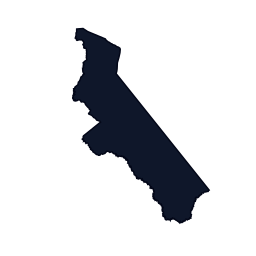 Malai, Bântéay Méanchey, Cambodia, rotated 232°
{"feature_id": "14789045B32583136425943", "entity_name": "Malai", "entity_type": "district", "adm_level": 2, "iso_a3": "KHM", "parent_name": "Cambodia", "parent_adm1": "Bântéay Méanchey", "projection": "natural_earth1", "projection_center": [102.55, 13.526], "detail": "fine", "context": "isolated", "style": "filled", "palette": "ink", "viewbox_px": 256, "rotation_deg": 232, "n_neighbors": 0, "source": "geoboundaries", "source_scale": "gbopen_adm2", "svg_char_len": 5860}
<svg xmlns="http://www.w3.org/2000/svg" viewBox="0 0 256 256"><g transform="rotate(232 128 128)"><path d="M234.1,153.8L237.6,148.5L235.2,146.6L234.9,145.6L233.0,144.2L231.3,141.8L229.9,142.5L229.4,141.7L228.6,141.7L228.2,142.2L227.6,144.0L226.9,144.5L226.2,145.9L224.7,145.9L224.2,146.3L222.3,145.7L221.6,145.1L221.7,144.0L220.0,143.6L219.6,143.7L218.7,142.8L218.4,143.2L218.0,142.7L217.5,143.0L216.9,143.8L216.5,143.9L215.5,143.6L215.0,143.1L213.7,142.5L212.4,141.2L211.8,141.2L210.6,139.7L210.0,139.4L209.3,138.6L207.1,137.6L207.1,135.5L207.3,134.8L207.1,134.4L207.1,133.0L206.6,132.9L206.0,132.2L205.3,132.5L205.0,132.3L204.7,131.2L204.3,130.7L203.3,130.3L203.0,130.0L203.1,129.1L202.7,129.1L202.2,128.7L201.8,128.1L200.7,127.6L200.3,127.2L198.6,126.7L197.9,127.1L197.4,126.7L197.7,125.3L197.2,124.5L196.9,123.5L196.9,123.0L197.2,122.8L196.7,121.7L195.6,120.2L195.0,118.8L194.6,118.4L194.7,117.2L192.9,115.1L192.9,111.5L192.7,111.1L192.0,110.6L192.0,110.0L192.3,109.5L191.6,109.4L191.6,108.7L191.0,108.2L190.3,108.5L190.0,107.6L189.6,107.8L189.7,108.1L189.5,108.7L189.1,108.9L188.8,108.7L189.1,107.8L188.9,106.6L188.4,106.4L188.0,105.9L187.7,106.7L187.1,106.8L187.0,106.5L187.2,105.3L187.5,105.2L187.6,104.8L187.1,104.3L186.6,104.3L186.0,103.2L185.4,102.8L185.0,103.3L184.0,102.4L183.1,102.3L183.0,103.2L182.6,103.6L182.0,102.9L181.6,103.3L181.0,104.6L180.8,105.4L181.0,105.7L180.3,107.0L179.2,107.4L177.3,107.2L176.4,108.7L174.5,109.7L173.9,109.7L173.6,109.2L172.0,109.0L168.8,109.2L168.3,109.4L167.0,109.4L166.5,109.1L165.7,109.6L165.2,109.6L164.1,107.8L163.9,107.2L163.8,106.0L163.2,105.7L160.2,107.3L157.3,107.5L155.8,108.3L153.5,108.2L150.8,110.0L149.5,110.0L149.2,88.1L149.0,87.9L148.8,87.4L148.0,86.8L147.4,86.9L147.4,85.3L146.6,85.7L146.5,85.3L146.1,85.5L145.4,85.3L145.0,85.8L144.6,85.8L144.5,85.3L144.3,85.7L143.5,86.0L142.4,85.4L141.7,85.4L141.7,86.3L140.6,87.1L139.4,86.9L139.0,86.2L138.7,86.1L137.7,86.4L136.5,85.9L136.3,86.2L135.0,86.3L134.8,85.6L134.3,85.4L132.5,85.9L131.9,86.4L130.9,85.7L128.9,86.4L127.0,86.7L126.3,87.0L125.8,87.7L124.8,87.9L124.3,88.4L123.9,89.2L124.2,90.3L124.1,91.3L123.0,91.8L122.2,94.3L122.7,95.4L122.5,95.6L122.7,97.1L121.6,98.1L120.7,98.5L120.6,98.8L120.0,98.7L119.4,100.3L119.4,100.6L119.0,100.9L118.0,100.6L117.6,100.9L116.6,101.0L115.7,101.6L115.6,102.3L115.2,102.7L114.8,102.6L114.4,102.0L114.1,102.2L114.1,101.8L113.5,101.5L112.3,102.9L112.1,102.5L111.5,102.5L111.6,103.2L111.1,104.0L109.4,105.5L109.8,105.8L109.6,106.0L108.7,106.2L108.3,106.8L107.6,106.5L107.2,107.1L106.8,106.7L106.6,107.1L106.3,107.0L106.0,107.4L105.8,107.2L105.5,107.6L105.2,107.6L105.0,107.2L104.7,107.4L104.4,107.2L104.2,106.7L103.9,106.8L103.8,107.1L104.1,107.4L103.6,108.1L103.3,108.1L103.1,107.4L102.4,107.9L101.1,106.8L100.1,106.8L100.2,106.3L99.2,106.6L97.6,105.8L97.4,106.0L96.5,105.7L96.6,106.2L96.1,106.6L96.0,106.3L95.2,105.9L94.9,105.9L95.0,106.2L94.6,106.2L93.8,105.5L92.0,104.8L91.5,104.8L91.1,105.4L90.3,105.6L89.4,105.3L89.1,105.0L88.3,104.9L88.1,104.5L87.4,104.2L86.5,104.7L86.0,104.5L84.6,105.0L84.3,104.9L84.1,104.4L83.6,104.2L83.4,104.4L83.0,104.0L82.6,105.0L82.1,104.6L81.6,104.6L81.7,105.2L81.0,106.5L80.7,106.6L80.6,106.3L79.9,107.0L79.6,107.0L79.3,108.0L78.4,107.6L78.5,107.2L78.4,106.8L77.0,107.7L76.6,107.5L75.9,107.7L75.4,107.4L75.2,108.3L74.5,108.5L73.7,109.5L73.0,109.0L72.0,109.1L71.4,108.8L71.1,109.6L70.8,109.5L70.1,109.9L69.3,109.9L68.1,109.6L67.4,110.1L67.2,109.7L67.3,108.7L67.1,108.5L66.7,109.0L66.1,109.0L65.7,110.0L65.2,110.1L64.8,110.6L63.7,109.9L62.8,109.6L62.5,109.8L62.0,109.2L61.4,109.4L61.1,108.6L60.4,107.8L60.7,107.5L60.2,107.4L60.2,107.0L59.6,107.1L59.6,106.4L58.7,106.2L58.9,105.7L58.6,105.4L57.9,105.5L56.9,104.6L55.8,104.8L55.5,105.0L55.7,105.3L54.3,104.8L54.2,105.1L54.4,105.3L54.1,105.8L52.8,105.8L52.7,106.6L52.3,106.6L52.1,106.9L51.0,106.5L50.8,106.1L49.9,105.9L49.8,106.3L48.8,106.3L48.8,106.6L47.5,106.8L47.4,107.2L46.6,106.6L46.4,107.0L45.8,106.6L44.4,106.7L44.1,106.0L43.5,106.3L43.1,105.1L42.6,104.6L42.2,104.7L42.0,104.2L41.8,104.1L41.7,104.5L41.4,104.3L41.4,104.0L41.0,103.9L40.8,104.2L40.0,104.3L39.3,103.5L39.3,102.9L39.0,102.9L38.6,102.5L38.2,102.8L38.0,101.9L36.9,101.3L36.6,101.4L36.3,102.2L35.8,102.7L34.8,102.6L35.0,102.2L35.0,101.9L34.3,101.9L33.8,101.4L32.9,101.2L32.1,101.5L31.6,102.3L31.9,102.8L31.4,103.5L30.6,103.9L30.4,103.8L30.0,104.8L29.3,104.6L29.9,105.5L29.8,105.9L29.4,105.8L29.3,106.1L29.7,106.2L29.4,106.5L29.4,107.0L29.7,107.1L29.6,107.9L29.4,107.9L29.3,107.6L28.7,107.8L28.7,107.4L28.0,108.3L28.0,108.7L27.2,108.6L26.6,109.0L26.0,109.0L24.1,109.9L23.8,109.8L23.4,110.1L22.3,110.2L22.3,110.8L22.0,110.8L22.1,111.2L21.2,110.6L21.1,111.7L20.3,112.3L20.3,113.1L20.7,112.9L20.7,113.3L20.1,114.1L20.1,114.4L20.7,114.5L20.6,114.9L20.1,115.8L19.8,115.5L19.7,115.7L20.0,116.4L20.0,117.5L20.3,117.7L19.6,118.2L19.1,118.3L19.2,118.6L18.5,120.4L18.6,120.6L18.9,120.5L19.1,121.1L18.6,121.4L18.4,122.1L19.2,122.1L19.3,122.9L19.6,123.4L20.0,123.4L20.6,124.6L20.9,124.6L21.2,124.3L21.8,124.5L22.7,125.3L22.9,125.3L23.5,126.1L24.0,126.2L24.2,126.7L24.0,127.3L24.1,127.6L24.5,127.6L24.4,128.3L24.7,129.0L25.6,128.9L25.8,129.1L25.4,129.9L26.0,130.7L26.0,131.5L26.9,131.8L27.8,133.5L28.7,134.0L28.9,134.7L29.5,135.3L29.4,135.8L28.9,136.0L29.4,136.6L29.9,137.6L30.2,137.7L30.4,137.4L31.0,137.9L31.3,137.9L31.6,138.8L31.4,139.2L30.8,139.0L30.2,140.1L30.2,141.3L30.9,141.9L31.0,142.2L30.9,142.9L30.5,142.9L30.7,143.7L30.4,145.1L31.3,145.7L31.1,146.6L30.3,147.4L30.6,148.3L30.4,149.8L29.7,149.9L29.5,150.9L28.7,152.1L29.1,152.8L29.1,153.7L178.2,152.1L179.5,153.9L181.1,155.6L186.0,159.8L189.1,164.1L192.3,168.0L194.9,170.4L195.9,170.7L197.6,170.2L199.2,169.1L200.6,168.9L201.9,168.2L202.6,167.7L202.9,167.1L204.1,167.2L205.3,166.4L206.9,166.1L207.5,165.6L208.9,165.2L210.9,164.8L212.1,165.0L228.8,155.6L234.1,153.8Z" fill="#0f172a" stroke="#020617" stroke-width="1.5"/></g></svg>